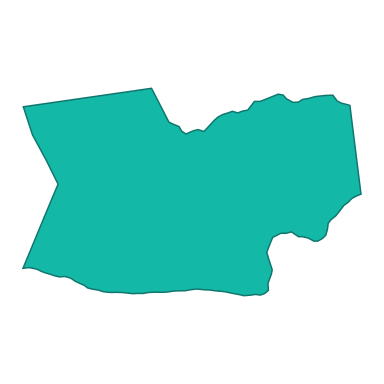 São José da Lagoa Tapada, Paraíba, Brazil (Robinson projection)
{"feature_id": "56859067B38377179497869", "entity_name": "São José da Lagoa Tapada", "entity_type": "district", "adm_level": 2, "iso_a3": "BRA", "parent_name": "Brazil", "parent_adm1": "Paraíba", "projection": "robinson", "projection_center": [-38.124, -6.942], "detail": "fine", "context": "isolated", "style": "filled", "palette": "teal", "viewbox_px": 384, "rotation_deg": 0, "n_neighbors": 0, "source": "geoboundaries", "source_scale": "gbopen_adm2", "svg_char_len": 1582}
<svg xmlns="http://www.w3.org/2000/svg" viewBox="0 0 384 384"><path d="M251.0,295.1L255.7,294.4L260.2,295.1L264.7,293.5L268.4,290.4L268.0,283.2L271.4,274.1L272.2,269.7L268.6,258.6L266.8,252.3L270.0,243.9L272.7,237.4L280.8,233.3L286.0,233.3L291.5,231.9L298.5,236.7L302.5,236.7L308.3,238.1L313.8,241.1L317.9,241.1L322.7,238.3L325.8,235.2L327.4,229.5L328.2,223.3L330.9,219.8L335.8,215.8L340.3,210.2L343.8,205.5L348.4,202.1L351.5,198.7L355.9,196.2L361.0,194.2L349.9,105.4L345.6,104.2L341.3,103.1L337.2,101.0L332.9,95.2L326.2,95.4L320.4,96.0L315.1,96.6L308.8,98.4L302.6,99.4L298.5,102.1L293.1,102.4L286.4,98.8L283.2,95.1L278.2,94.2L267.0,98.7L260.2,101.4L254.4,101.4L251.8,104.9L247.7,110.1L241.8,111.3L237.9,112.9L232.3,111.3L228.4,112.8L222.8,114.5L217.8,117.2L214.1,120.5L208.8,126.3L203.9,131.5L198.2,129.6L193.5,130.7L185.9,134.0L181.6,131.0L179.1,126.6L172.8,124.0L168.9,122.1L154.7,94.4L151.5,88.3L116.9,93.3L23.3,106.8L32.5,134.9L46.3,160.4L58.1,184.2L54.2,193.3L51.0,200.9L43.9,217.9L36.2,236.5L23.0,268.3L29.0,267.6L32.9,268.3L37.2,269.3L41.1,271.3L44.6,272.6L49.9,274.2L54.4,275.7L59.3,276.9L65.1,276.5L70.6,278.1L75.3,281.3L80.3,283.6L84.1,285.3L87.8,288.0L92.7,289.2L98.4,290.1L102.8,291.6L107.2,292.2L111.9,292.5L115.7,292.3L121.7,292.5L127.1,293.0L132.8,293.7L137.4,293.4L143.0,293.5L148.4,292.5L155.2,292.2L162.9,292.3L167.4,292.0L173.4,291.1L177.5,290.9L185.3,290.7L190.2,289.8L196.7,289.0L203.3,289.7L209.8,290.0L216.1,290.9L221.1,291.3L225.8,291.9L230.7,293.0L234.8,293.8L239.7,294.7L243.8,295.7L251.0,295.1Z" fill="#14b8a6" stroke="#0f766e" stroke-width="1.5"/></svg>